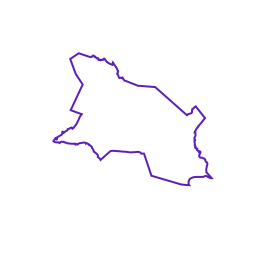 the district of Lamani, Comayagua, Honduras, rotated 54°
{"feature_id": "27666195B80950880065989", "entity_name": "Lamani", "entity_type": "district", "adm_level": 2, "iso_a3": "HND", "parent_name": "Honduras", "parent_adm1": "Comayagua", "projection": "natural_earth1", "projection_center": [-87.646, 14.146], "detail": "fine", "context": "isolated", "style": "outline", "palette": "violet", "viewbox_px": 256, "rotation_deg": 54, "n_neighbors": 0, "source": "geoboundaries", "source_scale": "gbopen_adm2", "svg_char_len": 5516}
<svg xmlns="http://www.w3.org/2000/svg" viewBox="0 0 256 256"><g transform="rotate(54 128 128)"><path d="M66.0,101.7L66.1,101.9L67.5,102.9L67.8,103.2L67.8,103.4L67.8,103.5L66.8,104.1L66.3,104.4L65.3,105.0L63.7,105.7L62.4,106.1L61.6,106.3L60.3,106.3L59.7,106.4L58.9,106.2L58.1,106.3L57.8,106.6L57.7,106.8L57.7,107.2L58.1,107.6L58.2,107.8L58.0,108.2L58.0,108.5L57.9,108.6L57.7,108.6L57.6,108.8L57.5,109.0L57.5,109.3L57.1,109.7L56.9,110.6L56.3,110.7L56.1,111.3L56.0,111.5L55.9,111.6L55.5,111.1L55.0,111.6L54.6,111.7L54.2,111.8L54.1,111.4L53.9,111.3L53.7,111.5L53.6,111.8L53.4,111.7L53.2,111.8L53.1,112.1L52.7,112.2L52.3,112.5L51.9,112.8L51.7,112.8L51.3,112.6L51.2,112.6L51.0,113.1L50.8,113.3L50.6,113.3L50.1,113.0L49.8,113.3L49.0,113.5L48.8,113.7L48.8,113.9L48.8,114.1L48.8,114.4L49.1,115.1L49.0,115.7L48.9,116.2L48.6,116.7L48.4,116.9L38.6,123.9L38.2,134.2L53.5,138.5L66.2,139.1L79.9,163.9L89.7,157.3L89.9,158.3L90.4,159.7L91.0,161.1L91.6,162.0L92.0,162.7L93.8,166.0L94.3,166.9L95.1,169.2L95.4,170.5L95.6,170.8L95.9,172.2L96.1,173.2L96.1,173.3L95.8,173.5L94.8,173.2L94.6,173.3L94.4,173.5L94.3,173.8L94.0,174.9L94.1,176.0L94.1,176.3L94.0,176.5L93.5,177.3L93.6,177.7L94.1,178.3L94.2,178.9L94.2,179.2L94.1,179.7L94.0,180.7L94.0,181.8L94.1,182.2L94.2,182.8L94.2,183.2L94.1,183.3L93.9,183.3L93.1,182.9L92.8,182.8L92.7,182.9L92.6,183.0L92.5,183.4L92.6,183.6L93.2,183.9L94.0,184.8L94.3,185.2L94.4,185.5L94.4,185.9L94.3,186.8L94.1,189.0L93.9,190.8L93.9,191.1L93.9,191.3L94.1,191.4L94.9,191.7L95.0,191.8L95.3,192.1L95.4,192.3L95.3,192.5L94.9,192.6L94.3,192.5L93.7,192.4L93.5,192.6L93.5,192.8L93.6,193.0L94.2,193.5L94.1,193.9L94.1,194.1L94.6,195.6L94.7,196.0L94.8,196.1L96.1,195.7L96.9,195.0L97.4,194.6L97.7,194.3L98.2,193.3L98.6,192.9L98.9,192.6L99.3,192.4L99.8,192.4L100.0,192.3L100.0,192.2L99.7,190.7L99.8,190.2L100.0,189.8L100.5,189.5L100.6,189.3L101.1,188.6L101.3,188.1L101.6,187.9L102.0,187.9L102.3,187.8L103.3,187.1L103.6,186.6L103.9,186.3L104.2,186.2L104.6,186.1L104.9,185.9L105.2,185.6L105.6,185.0L106.5,184.1L108.0,182.4L108.2,182.0L109.1,180.9L109.3,180.4L109.6,180.0L109.8,179.9L110.1,180.1L110.5,180.2L110.8,180.0L110.8,179.9L110.7,179.5L110.5,179.3L110.5,179.1L110.8,178.9L111.4,178.7L111.7,178.5L111.6,177.1L111.7,176.6L111.9,176.0L112.6,174.9L112.9,174.1L113.6,172.5L113.9,172.1L115.0,171.1L115.6,171.3L116.0,171.3L116.0,171.2L116.0,170.4L116.2,170.2L117.2,169.7L117.5,169.5L117.7,169.4L117.8,169.4L118.5,169.6L118.7,169.2L118.8,169.1L119.3,169.1L120.0,168.8L120.6,168.9L121.0,168.6L121.3,168.4L121.6,168.4L122.2,168.4L122.4,168.6L123.5,168.9L123.9,168.8L124.2,168.8L124.8,168.8L125.4,169.0L125.9,169.0L126.7,169.5L126.9,169.5L127.2,169.5L127.6,169.3L128.3,169.2L128.6,169.0L128.8,168.8L129.0,168.8L131.2,168.4L132.0,168.5L132.6,168.6L132.9,168.8L133.8,169.5L135.1,169.1L136.0,168.9L137.0,168.8L137.7,169.0L136.8,160.5L136.4,155.6L137.3,154.0L138.3,152.7L139.7,151.1L143.2,147.0L144.5,145.6L146.5,143.1L146.9,142.7L147.4,142.3L149.3,140.2L150.2,138.7L151.8,136.3L152.4,135.1L153.2,133.9L153.9,133.4L154.3,132.9L155.1,132.4L155.6,132.3L156.2,132.4L156.6,132.3L156.9,131.9L157.3,131.1L158.1,130.1L180.4,137.1L204.9,118.2L208.7,114.0L210.2,112.1L209.8,112.1L208.5,111.6L207.8,111.2L206.9,110.3L206.3,109.5L205.8,108.6L205.6,107.9L205.6,107.2L205.8,106.1L206.0,104.9L206.5,103.6L207.1,102.5L208.4,100.5L211.4,96.5L212.0,95.1L212.2,93.8L212.5,93.0L213.3,92.6L215.1,91.9L216.7,90.9L217.5,90.3L217.8,89.8L210.0,90.6L209.6,90.4L209.0,90.0L207.8,89.3L207.2,88.8L206.1,87.5L205.2,86.7L204.9,86.1L204.2,85.4L204.1,85.2L203.5,84.9L203.1,84.5L202.7,84.4L202.4,84.4L202.1,84.4L201.6,84.8L201.2,84.9L200.5,84.7L199.8,84.6L198.8,84.1L198.5,84.1L198.1,84.3L197.3,84.4L197.1,84.5L196.8,84.9L196.6,85.1L195.8,85.5L195.4,85.7L195.1,86.1L194.8,86.6L194.6,86.8L194.4,86.9L194.0,87.0L193.4,87.1L192.7,87.0L192.5,86.9L192.3,86.8L191.6,85.8L191.3,85.5L191.0,84.9L191.0,84.5L190.9,84.4L190.7,84.3L190.3,84.7L190.2,84.7L190.0,83.5L189.8,83.5L189.3,83.5L188.9,83.7L188.9,83.9L188.9,84.2L188.9,84.4L188.8,84.6L188.7,84.8L187.9,84.7L187.7,84.6L187.3,84.7L186.8,84.7L186.5,84.8L186.3,85.0L186.0,85.1L185.9,85.0L185.8,84.9L185.6,84.2L185.4,84.1L184.8,84.6L184.4,84.7L184.1,84.9L183.9,85.2L183.6,85.2L183.3,85.2L183.1,84.9L182.8,84.3L182.6,84.1L182.3,84.1L181.9,84.3L181.4,84.3L180.9,83.6L180.5,83.6L180.3,83.4L179.9,83.2L179.3,82.8L178.6,82.5L178.1,82.2L177.7,81.4L177.5,81.1L177.4,81.1L177.2,81.2L177.3,81.3L177.2,81.4L177.1,81.5L176.9,81.4L176.7,80.9L176.7,80.7L176.1,80.7L175.8,80.6L175.4,80.3L175.1,80.1L174.9,80.0L174.8,79.8L174.3,78.5L173.9,78.0L173.5,77.6L171.7,76.6L171.4,76.2L171.1,76.0L170.7,76.6L170.5,76.3L169.9,75.3L168.9,73.1L168.6,72.2L168.6,71.1L168.5,70.8L168.3,70.6L168.2,70.5L168.0,70.4L167.8,70.2L167.9,69.8L165.3,59.9L150.3,60.5L150.3,61.5L150.4,62.3L150.3,62.6L150.4,62.9L150.6,63.4L150.7,63.9L150.5,64.5L150.5,64.8L150.8,65.3L151.1,65.5L151.6,66.0L152.2,66.4L152.6,66.7L152.9,67.0L153.1,67.5L153.2,68.0L153.1,68.4L152.7,69.7L152.6,70.1L152.1,71.5L152.2,71.9L152.3,72.1L152.4,72.3L152.3,72.8L110.8,82.0L99.7,95.1L87.8,102.7L87.5,103.0L87.3,103.0L87.0,103.0L86.4,102.9L85.4,103.1L85.0,103.0L84.2,102.7L83.9,102.7L83.8,102.8L83.8,103.0L83.8,103.7L83.8,103.9L83.7,104.1L83.2,104.2L83.0,104.4L82.7,104.9L82.6,105.1L82.6,105.5L82.4,105.6L80.9,105.5L80.4,105.3L79.9,105.0L79.2,104.9L78.9,104.9L78.3,104.9L78.1,105.0L77.7,104.7L77.3,104.4L77.3,103.8L77.2,103.6L76.8,103.3L76.6,103.1L76.4,102.7L76.1,102.5L75.2,102.6L74.2,102.2L73.1,102.0L72.1,101.9L72.1,102.0L66.0,101.7Z" fill="none" stroke="#5b21b6" stroke-width="2"/></g></svg>